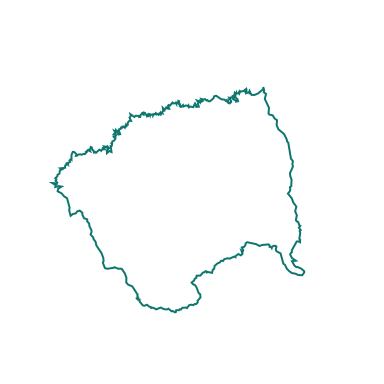 the district of Sao Miguel Arcanjo, São Miguel, Cabo Verde, rotated 291°
{"feature_id": "66160863B69203973191500", "entity_name": "Sao Miguel Arcanjo", "entity_type": "district", "adm_level": 2, "iso_a3": "CPV", "parent_name": "Cabo Verde", "parent_adm1": "São Miguel", "projection": "albers", "projection_center": [-23.626, 15.191], "detail": "fine", "context": "isolated", "style": "outline", "palette": "teal", "viewbox_px": 384, "rotation_deg": 291, "n_neighbors": 0, "source": "geoboundaries", "source_scale": "gbopen_adm2", "svg_char_len": 5993}
<svg xmlns="http://www.w3.org/2000/svg" viewBox="0 0 384 384"><g transform="rotate(291 192 192)"><path d="M233.9,283.0L233.3,282.4L239.1,280.6L242.1,278.0L244.7,276.7L251.8,277.1L254.1,275.7L257.0,275.1L258.6,272.4L272.4,264.3L273.4,262.5L274.8,261.8L279.1,257.2L281.5,250.2L284.7,247.1L289.5,245.6L290.2,242.9L292.5,239.8L292.0,236.4L292.6,235.4L298.3,233.6L305.0,226.6L310.1,226.0L310.8,223.4L312.5,223.0L314.0,222.1L315.5,220.9L314.1,221.5L311.9,220.8L307.5,218.2L304.9,215.4L304.0,212.7L304.8,211.9L304.7,210.6L305.9,210.6L307.0,209.5L305.2,209.5L305.3,208.9L303.6,207.1L305.1,206.7L304.4,206.1L304.8,205.5L306.9,206.3L307.7,205.7L305.9,204.9L305.6,205.3L305.8,204.6L305.2,204.6L303.3,201.7L303.5,200.3L301.9,200.1L301.8,200.9L300.7,200.9L301.4,199.8L300.4,199.3L299.9,198.0L300.3,197.8L299.3,197.7L299.9,196.4L298.4,196.7L298.3,197.3L296.6,196.0L296.5,197.1L297.5,197.2L297.6,197.4L296.5,197.6L296.9,198.2L295.8,198.6L295.0,201.2L293.3,202.4L292.2,200.8L293.1,200.5L293.3,197.4L294.2,197.4L293.8,197.0L294.9,196.0L294.4,194.6L292.9,194.3L293.6,194.2L293.4,193.3L293.1,193.8L292.3,193.4L291.6,195.3L290.0,196.3L288.2,195.4L288.1,194.4L289.7,193.3L288.7,193.0L289.3,191.7L290.2,191.4L289.2,190.7L289.9,189.4L289.1,186.2L290.5,180.0L289.2,178.3L287.2,178.5L283.2,176.3L282.6,174.8L283.3,173.5L282.6,172.7L283.4,170.8L282.5,169.9L282.2,167.4L280.7,169.3L279.6,168.4L280.1,167.0L278.5,167.4L279.3,165.8L279.2,164.0L277.9,165.8L276.5,165.9L274.1,167.8L273.0,165.4L274.5,164.8L275.8,163.1L271.7,162.8L271.2,159.9L269.9,158.7L271.6,157.6L270.7,157.3L270.6,155.2L268.7,153.3L269.9,152.5L267.4,151.2L267.7,150.0L269.5,149.5L269.2,148.6L272.2,147.4L272.2,146.6L270.5,146.9L269.2,146.2L269.5,145.6L268.6,145.9L269.3,145.0L267.9,142.7L268.5,141.7L264.7,140.4L264.9,139.1L264.0,138.7L261.5,140.9L261.1,139.1L262.0,138.7L261.9,137.6L258.3,136.9L257.3,137.5L258.3,136.4L259.0,136.7L260.0,134.7L257.6,136.0L255.6,135.5L254.9,136.2L254.9,135.0L253.9,135.0L254.5,134.3L253.1,134.4L253.5,133.3L252.1,133.1L252.6,130.2L251.6,130.6L251.4,128.7L249.7,128.3L250.5,128.0L250.3,127.2L249.2,126.1L249.4,125.3L248.6,125.4L249.3,124.8L249.1,124.6L248.7,125.0L248.6,124.9L249.3,123.5L248.8,123.1L247.1,123.9L246.4,123.0L247.8,121.9L247.7,121.0L248.9,119.8L248.7,118.7L248.1,118.6L248.8,118.2L248.1,117.4L247.0,118.5L247.0,117.2L245.6,116.4L243.5,116.7L243.0,115.8L244.0,115.2L243.0,112.1L241.4,111.3L242.6,106.6L241.1,107.6L239.1,107.0L236.6,109.6L236.2,108.1L234.5,107.4L232.5,107.3L231.8,108.0L229.4,106.9L230.4,106.2L228.0,106.2L228.5,105.2L227.9,104.5L228.4,104.1L228.1,103.5L227.0,103.7L226.4,101.8L226.2,102.9L225.3,102.8L224.5,101.5L223.2,101.7L220.2,104.2L219.3,102.8L220.5,101.0L223.3,100.2L221.1,100.4L222.6,98.6L221.1,98.6L221.2,97.7L220.1,99.0L218.3,98.4L218.7,99.4L218.0,100.8L217.0,100.6L215.8,98.8L215.1,99.6L215.2,101.1L214.3,101.4L212.4,101.0L210.6,99.5L209.1,99.9L208.6,99.4L208.2,100.2L206.2,100.5L205.8,99.6L200.5,102.5L200.6,100.1L197.8,98.7L200.2,97.5L203.3,98.9L204.2,96.8L203.2,96.9L203.7,96.3L203.0,95.7L203.4,95.3L203.2,94.4L202.8,95.5L202.6,94.3L202.1,94.9L202.3,94.1L201.4,94.5L202.2,93.8L201.4,93.1L200.5,94.9L199.3,92.7L198.2,92.5L198.8,91.8L198.4,92.1L198.0,91.4L198.3,90.3L194.2,88.3L194.7,87.4L193.7,86.3L195.4,85.3L195.5,83.9L197.6,82.6L197.7,81.4L196.3,81.7L195.0,80.9L193.6,82.2L193.9,79.8L191.3,78.6L190.9,77.7L191.3,79.3L189.0,78.4L188.8,77.2L186.8,75.2L187.2,75.4L187.2,74.6L186.3,72.4L184.5,71.5L184.2,70.7L185.4,70.9L186.5,69.3L187.1,67.6L186.7,66.3L183.5,66.2L179.0,67.9L179.3,67.2L177.6,66.3L176.3,67.4L174.6,65.7L173.3,66.4L174.0,64.8L173.6,64.5L172.6,65.2L171.3,64.1L169.1,64.8L167.0,60.8L166.7,62.7L164.9,60.9L161.7,61.7L159.8,60.3L158.3,60.7L155.9,59.4L155.2,60.9L153.5,60.6L152.6,62.6L151.9,62.2L151.2,62.9L150.5,61.9L150.9,60.1L150.3,58.4L149.6,62.3L147.7,62.6L149.8,65.5L150.3,68.3L147.2,65.9L144.5,66.3L144.0,70.7L142.1,74.2L141.4,77.6L133.4,83.4L131.0,83.8L126.3,87.2L128.7,88.6L130.4,91.2L132.6,91.7L134.4,93.8L133.4,97.0L131.4,97.9L128.8,100.6L128.9,104.0L127.0,104.7L125.8,107.2L123.2,108.6L120.4,111.7L118.9,112.5L115.9,112.6L114.1,116.2L112.8,116.9L111.1,119.7L107.8,121.9L102.6,129.3L98.7,132.8L95.9,134.2L94.1,134.1L89.8,137.9L89.9,140.3L93.2,146.1L94.0,146.6L93.9,150.3L95.1,153.9L92.0,158.4L88.6,161.4L84.0,163.0L82.6,165.6L82.5,170.1L76.6,178.1L75.3,178.2L74.2,179.5L73.2,178.7L73.0,179.5L72.6,179.1L72.1,180.0L72.8,181.6L71.0,182.3L68.5,186.7L68.8,188.4L70.6,190.4L69.6,193.2L69.9,194.8L69.1,195.4L70.1,197.3L69.6,200.6L72.9,204.2L72.6,208.0L73.4,210.7L74.6,211.8L73.3,215.8L74.1,216.7L73.5,219.1L74.0,219.9L76.0,219.6L76.9,222.1L78.0,222.4L78.2,223.7L80.5,224.6L82.0,227.9L81.8,228.9L85.3,229.9L86.6,231.9L86.8,233.7L88.5,234.8L88.8,236.0L90.9,236.9L92.5,236.2L96.6,237.7L99.5,236.3L100.0,234.5L104.9,230.1L106.3,227.8L106.1,226.3L107.3,224.1L110.2,225.7L111.9,225.6L113.3,226.8L115.5,226.3L117.0,229.8L120.6,231.0L121.6,232.5L122.9,232.9L123.0,234.3L122.3,234.8L123.0,235.4L123.7,239.7L126.9,239.3L128.4,240.2L131.1,239.6L134.5,241.4L136.2,243.2L138.3,243.8L138.7,245.7L140.8,246.2L142.8,248.8L143.3,251.0L146.8,254.5L146.7,255.8L147.4,255.5L150.7,257.5L150.4,260.3L152.3,261.3L154.8,259.3L154.3,260.7L156.1,260.6L158.1,258.4L159.5,260.3L161.4,260.9L163.4,260.5L164.9,261.5L166.3,270.6L165.8,274.5L167.6,276.3L170.5,282.2L169.8,283.8L168.6,284.1L168.9,285.8L168.3,286.5L169.6,286.4L171.1,287.6L171.7,289.6L171.2,290.4L168.4,290.8L167.0,292.0L166.4,296.7L157.8,303.0L157.3,304.9L154.4,308.0L153.1,310.7L152.1,314.2L152.8,317.9L152.6,321.1L153.8,324.7L157.0,325.6L158.3,325.1L159.6,321.4L159.8,317.4L159.3,316.4L160.0,314.0L163.2,310.2L165.1,313.5L166.1,309.1L168.6,306.2L169.6,305.9L171.8,306.8L173.4,306.1L183.3,307.5L184.1,309.3L183.8,310.8L186.2,310.1L186.7,309.0L192.7,307.7L194.1,306.5L195.4,307.1L197.0,304.6L199.2,305.2L199.4,304.2L202.1,301.8L202.1,300.3L203.1,299.0L207.7,298.3L211.0,295.2L215.7,294.7L218.6,290.2L221.8,287.5L224.9,282.1L227.6,283.0L229.6,282.9L231.5,281.7L233.9,283.0Z" fill="none" stroke="#0f766e" stroke-width="2"/></g></svg>